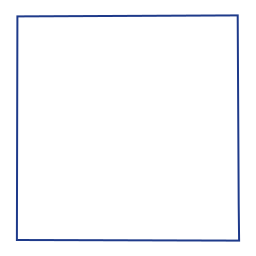 the district of Archer, Texas, United States of America
{"feature_id": "52423323B89953257646119", "entity_name": "Archer", "entity_type": "district", "adm_level": 2, "iso_a3": "USA", "parent_name": "United States of America", "parent_adm1": "Texas", "projection": "natural_earth1", "projection_center": [-98.688, 33.616], "detail": "fine", "context": "isolated", "style": "outline", "palette": "blue", "viewbox_px": 256, "rotation_deg": 0, "n_neighbors": 0, "source": "geoboundaries", "source_scale": "gbopen_adm2", "svg_char_len": 194}
<svg xmlns="http://www.w3.org/2000/svg" viewBox="0 0 256 256"><path d="M16.9,240.0L239.1,240.6L238.7,204.5L237.7,15.4L17.4,16.4L16.9,240.0Z" fill="none" stroke="#1e3a8a" stroke-width="2"/></svg>